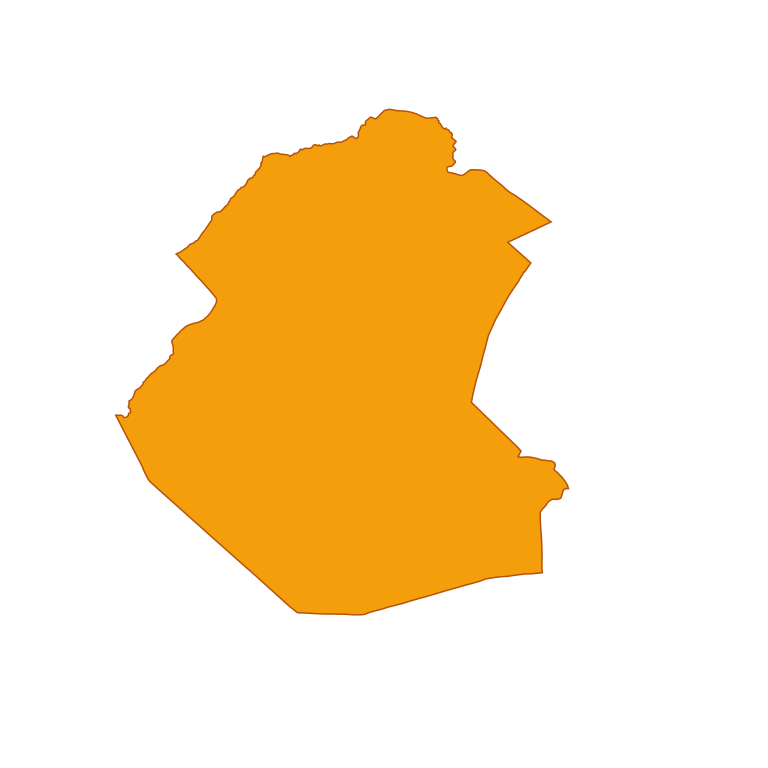 outline of Kiri Vong, Takêv, Cambodia, rotated 44°
{"feature_id": "14789045B7964460179399", "entity_name": "Kiri Vong", "entity_type": "district", "adm_level": 2, "iso_a3": "KHM", "parent_name": "Cambodia", "parent_adm1": "Takêv", "projection": "mercator", "projection_center": [104.745, 10.65], "detail": "fine", "context": "isolated", "style": "filled", "palette": "amber", "viewbox_px": 768, "rotation_deg": 44, "n_neighbors": 0, "source": "geoboundaries", "source_scale": "gbopen_adm2", "svg_char_len": 6158}
<svg xmlns="http://www.w3.org/2000/svg" viewBox="0 0 768 768"><g transform="rotate(44 384 384)"><path d="M142.5,311.2L143.7,312.0L144.0,313.2L144.4,314.6L144.7,315.6L144.4,316.5L144.6,317.4L144.6,318.7L144.4,320.5L145.3,321.9L145.6,323.4L145.6,325.0L146.1,326.4L145.8,327.6L144.9,328.7L144.7,329.9L144.5,331.5L144.7,332.9L145.4,334.2L145.7,335.3L146.0,336.7L146.1,338.6L145.9,340.1L144.8,341.7L144.9,343.1L144.9,344.4L144.3,345.7L144.4,347.1L144.7,348.9L145.1,350.6L145.4,352.3L145.6,353.4L145.4,355.1L144.9,356.5L145.8,359.7L146.0,360.9L146.2,361.9L146.9,363.0L146.7,365.1L146.5,366.8L146.7,368.0L146.5,369.4L146.7,370.5L146.6,372.0L146.5,373.6L145.9,374.7L145.0,375.6L144.2,377.1L143.7,379.8L143.5,382.1L143.9,383.3L144.8,384.2L145.9,385.4L146.4,386.7L146.6,388.0L146.9,390.6L147.3,392.3L147.6,394.3L148.2,397.0L148.4,400.4L148.5,401.8L149.2,404.9L149.5,407.2L150.0,409.4L149.9,410.6L149.1,412.2L149.3,413.5L149.1,414.6L148.4,416.2L147.6,418.0L147.4,419.4L147.6,421.3L147.5,422.7L146.8,425.9L146.3,428.3L145.9,430.9L144.9,432.6L144.5,433.8L144.3,435.0L145.7,434.7L149.5,435.2L151.7,435.3L155.2,435.2L159.5,435.7L163.3,435.7L166.8,435.9L171.3,436.2L174.8,436.5L177.9,436.6L183.6,436.9L186.8,437.2L189.3,437.4L191.8,437.5L196.6,438.0L198.9,438.2L202.7,438.7L203.8,438.9L204.6,439.4L206.7,441.6L207.2,443.0L207.9,445.1L208.1,446.3L208.4,447.8L209.0,449.9L209.5,452.3L209.8,454.9L209.9,456.5L210.0,458.2L209.7,460.2L209.6,462.9L209.3,464.3L208.6,465.8L208.1,467.4L207.1,469.3L206.1,470.9L204.9,472.7L203.6,475.1L202.8,476.7L202.1,478.3L201.5,480.4L201.2,483.5L200.9,487.7L201.0,490.1L200.9,491.8L200.9,493.1L201.0,495.6L201.0,497.8L201.2,499.6L201.6,500.8L203.4,501.8L205.1,502.7L207.0,504.1L208.0,505.1L209.4,506.7L210.6,507.7L211.7,508.6L211.4,509.7L210.7,511.6L210.8,512.8L211.5,513.9L212.3,514.7L212.3,518.0L212.4,519.2L212.3,521.5L212.2,522.5L211.8,523.9L211.3,524.8L210.5,526.1L210.1,527.8L210.0,529.4L210.0,530.5L210.3,533.3L210.0,535.2L209.4,538.0L209.3,539.5L209.5,542.0L209.5,543.5L209.4,545.6L209.8,546.9L210.0,548.6L209.6,549.9L210.4,551.3L210.9,552.2L210.9,553.9L210.8,554.8L211.2,556.0L211.1,556.9L210.5,558.3L210.0,560.3L210.0,562.1L211.0,564.1L211.8,565.5L212.3,566.5L212.8,568.5L213.1,569.9L213.0,571.5L212.4,573.3L213.0,574.0L214.0,574.9L214.8,576.0L215.3,577.3L216.6,578.4L217.7,578.5L218.5,577.9L219.6,579.1L221.1,579.9L221.3,581.2L220.7,582.5L221.4,583.5L222.0,584.2L221.9,585.9L221.5,587.2L220.9,588.3L219.7,588.8L218.3,588.4L216.7,589.0L215.7,589.9L214.7,591.2L213.4,591.9L212.7,592.8L268.6,611.7L269.4,612.4L270.9,612.8L272.4,613.5L276.1,614.9L279.1,615.8L280.6,616.3L282.8,616.7L285.5,616.7L295.9,616.4L341.4,614.6L362.9,613.8L382.1,613.0L409.1,611.9L421.9,611.2L449.9,610.3L470.6,609.6L480.8,608.6L484.5,605.1L488.8,601.4L494.2,596.8L500.8,590.9L506.1,585.8L511.5,580.8L516.1,576.5L522.9,570.8L528.7,565.0L530.4,562.5L532.2,558.5L534.7,554.1L537.4,549.9L541.7,542.1L547.5,532.7L549.9,528.8L552.5,523.9L557.7,514.8L562.0,507.7L569.4,494.5L574.3,485.9L578.0,479.7L581.9,472.9L585.6,466.7L589.7,459.7L592.7,453.4L598.8,445.3L602.3,441.1L606.9,436.0L612.3,429.0L617.4,422.7L622.1,417.9L629.0,409.7L625.5,406.8L615.8,396.5L605.1,386.2L592.2,374.5L585.5,367.9L584.8,364.3L584.9,360.0L584.0,354.4L585.0,350.2L589.0,346.3L590.5,343.4L588.6,339.3L586.6,335.8L587.4,332.9L589.4,331.2L586.5,329.5L582.9,328.4L579.4,327.8L575.8,327.4L573.7,327.4L570.5,327.2L567.8,327.5L565.6,327.4L564.1,324.0L562.0,322.3L558.2,322.9L555.3,325.3L552.3,327.3L550.1,329.3L546.1,331.1L540.0,335.0L536.4,338.2L533.8,341.3L530.9,343.2L530.7,342.1L530.2,340.8L529.2,337.1L525.1,336.7L459.6,336.5L454.5,328.7L447.2,316.2L441.3,304.7L435.8,295.3L432.5,289.1L425.4,276.6L419.2,259.4L417.0,250.4L414.5,241.8L412.5,234.0L410.7,224.6L409.5,217.0L408.3,212.7L407.8,209.5L406.8,206.6L407.3,205.6L405.5,194.9L374.6,196.1L391.6,151.3L379.2,152.9L362.7,154.9L359.1,155.5L354.7,156.0L351.4,156.7L348.8,157.1L346.4,157.5L344.6,158.0L341.5,158.7L338.6,159.0L337.3,159.2L334.3,159.1L330.3,159.3L322.4,160.0L314.6,160.4L312.0,160.3L310.1,160.4L307.6,161.2L305.4,162.6L300.5,166.8L297.5,169.8L296.9,172.1L296.5,175.0L296.1,177.6L295.5,179.4L294.2,180.5L292.9,181.4L290.8,182.6L289.6,183.0L288.0,184.3L286.6,184.4L285.9,185.5L284.3,186.3L282.7,187.2L280.0,185.9L279.0,184.3L279.4,182.7L280.9,181.0L281.7,178.8L281.3,177.2L281.4,175.2L280.5,174.2L278.5,174.2L276.7,174.0L275.3,172.2L272.9,169.6L272.6,168.2L273.1,166.5L272.6,165.3L271.1,165.1L269.5,165.0L268.5,164.9L267.7,163.3L267.7,160.7L267.2,159.3L263.9,159.7L261.2,159.6L260.0,157.2L257.9,156.4L256.7,157.2L254.4,156.3L252.5,157.2L250.9,156.8L250.3,158.7L248.6,158.8L247.0,158.6L244.7,157.9L243.2,157.6L242.0,158.2L240.8,156.6L239.2,156.8L238.4,155.9L237.1,156.3L236.3,155.9L232.9,159.9L230.6,162.8L228.2,164.1L225.6,165.1L223.3,166.0L219.7,167.2L215.6,169.2L212.9,170.8L209.8,172.9L207.5,174.9L204.8,177.1L203.5,178.4L200.3,180.4L197.0,182.7L194.3,187.0L194.2,189.8L194.1,192.9L194.2,195.1L194.0,198.0L193.9,199.0L193.0,199.6L191.0,200.3L189.9,200.7L188.8,201.7L188.7,203.8L188.5,205.9L188.3,207.3L188.8,208.8L189.6,209.5L190.7,210.4L190.2,211.2L189.3,212.0L188.6,212.9L188.5,215.1L189.7,217.2L190.0,218.6L190.6,219.6L190.5,220.7L192.5,222.5L193.5,223.6L193.9,224.8L193.6,225.9L193.4,227.0L191.7,227.4L190.1,227.5L188.7,227.9L187.8,230.7L187.4,232.3L187.5,233.9L186.9,235.4L186.3,236.4L186.0,238.1L185.1,240.0L182.4,242.5L181.8,243.8L181.2,245.5L180.5,246.5L179.8,247.2L178.9,247.9L177.2,249.5L176.4,251.1L175.2,252.0L174.6,252.8L174.2,254.1L173.2,256.5L172.2,257.3L171.3,257.2L170.6,258.8L169.1,259.1L168.2,259.8L167.6,260.5L167.4,261.4L167.6,263.0L167.8,263.9L167.3,265.5L166.7,266.3L165.1,268.0L163.8,268.8L163.3,269.9L162.8,271.5L162.4,272.4L161.4,272.5L160.7,273.5L161.2,274.7L161.3,276.7L161.1,277.7L160.7,279.3L159.7,279.8L159.2,280.7L159.5,282.1L158.9,283.0L158.3,284.7L158.0,285.8L156.9,285.6L155.5,286.2L154.3,287.3L153.0,287.9L149.9,290.6L148.5,291.1L147.3,291.6L146.0,293.0L145.2,294.2L144.4,295.0L143.7,295.7L142.9,296.8L142.4,297.7L142.0,299.3L141.4,300.2L140.6,303.2L139.0,304.0L139.5,305.3L140.5,306.7L141.1,307.4L142.0,309.1L142.0,310.4L142.5,311.2Z" fill="#f59e0b" stroke="#b45309" stroke-width="1.5"/></g></svg>